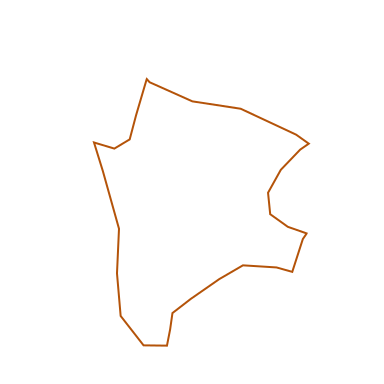 the border of Andrijevica, rotated 239°
{"feature_id": "MNE-1508", "entity_name": "Andrijevica", "entity_type": "Municipality", "adm_level": 1, "iso_a3": "MNE", "parent_name": "Montenegro", "parent_adm1": "", "projection": "robinson", "projection_center": [19.742, 42.708], "detail": "fine", "context": "isolated", "style": "outline", "palette": "amber", "viewbox_px": 384, "rotation_deg": 239, "n_neighbors": 0, "source": "natural_earth", "source_scale": "10m", "svg_char_len": 560}
<svg xmlns="http://www.w3.org/2000/svg" viewBox="0 0 384 384"><g transform="rotate(239 192 192)"><path d="M173.3,317.0L172.6,306.5L165.3,279.6L152.2,256.8L132.7,247.6L112.8,256.2L97.5,268.9L97.2,268.5L94.6,262.8L71.9,236.8L83.8,225.6L102.9,197.9L103.3,170.5L101.0,135.9L98.3,112.9L85.5,102.5L73.2,91.4L85.5,71.5L112.6,68.2L122.5,67.0L160.9,85.8L198.1,110.5L255.6,126.3L284.9,133.5L269.2,147.8L269.2,165.7L286.6,183.6L311.8,211.0L312.1,211.4L307.9,212.2L269.5,239.0L238.3,276.6L187.5,310.8L173.3,317.0Z" fill="none" stroke="#b45309" stroke-width="2"/></g></svg>